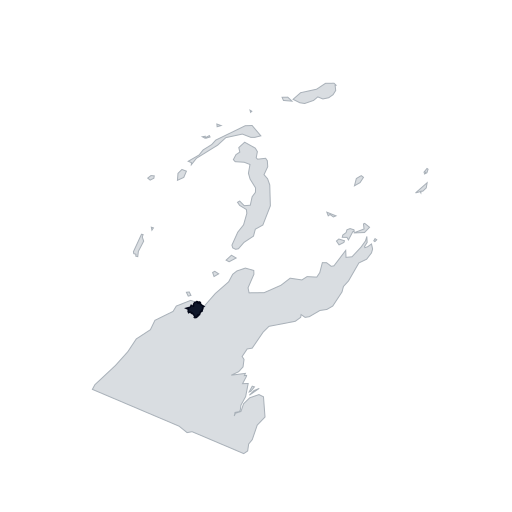 Madang District, Madang, Papua New Guinea shown in context, rotated 293°
{"feature_id": "67681753B97158406764408", "entity_name": "Madang District", "entity_type": "district", "adm_level": 2, "iso_a3": "PNG", "parent_name": "Papua New Guinea", "parent_adm1": "Madang", "projection": "mercator", "projection_center": [145.661, -5.093], "detail": "fine", "context": "in_parent", "style": "filled", "palette": "ink", "viewbox_px": 512, "rotation_deg": 293, "n_neighbors": 0, "source": "geoboundaries", "source_scale": "gbopen_adm2", "svg_char_len": 6546}
<svg xmlns="http://www.w3.org/2000/svg" viewBox="0 0 512 512"><g transform="rotate(293 256 256)"><path d="M69.3,321.9L69.3,265.8L66.5,261.6L69.3,251.7L69.3,157.5L74.6,158.0L100.3,169.4L117.8,175.4L132.9,178.2L146.9,187.6L157.3,188.1L172.6,201.3L178.8,202.2L189.6,213.2L190.3,222.2L189.1,227.8L205.6,233.2L221.5,240.9L230.1,241.7L234.8,244.3L240.7,250.9L241.8,259.6L238.4,261.2L223.6,261.1L219.4,264.0L225.4,277.8L238.8,290.4L248.9,296.1L251.9,307.6L257.0,311.1L260.3,320.2L265.6,321.2L275.8,319.7L277.4,323.5L275.9,329.3L277.4,331.6L296.2,336.4L289.9,339.4L292.8,344.7L305.1,349.2L312.7,350.9L317.3,350.4L311.9,353.0L307.1,352.2L306.2,353.0L308.2,355.2L312.2,357.6L308.0,360.6L304.0,361.1L296.3,359.1L289.8,353.4L269.2,350.9L262.1,348.4L256.5,349.2L239.9,346.2L234.5,342.1L230.8,336.1L221.0,328.8L218.7,325.2L219.7,320.4L217.0,321.1L211.3,317.7L196.3,295.4L188.7,292.3L169.7,288.5L167.0,284.2L158.1,282.5L156.1,285.4L148.8,287.4L142.7,285.2L136.6,279.8L143.8,292.1L141.3,292.0L142.4,294.0L141.1,294.2L133.2,293.5L135.6,298.6L122.5,301.4L112.8,300.4L108.2,301.7L106.3,301.5L103.8,297.8L100.2,298.5L103.2,298.5L107.0,302.9L115.1,302.3L123.0,305.6L129.6,312.9L129.3,317.9L111.3,327.2L100.8,323.2L85.5,324.3L80.1,322.7L73.3,324.5L69.3,321.9ZM341.6,198.0L345.3,200.5L349.1,197.8L356.3,201.1L355.0,213.2L352.6,216.5L346.5,217.8L345.7,219.6L349.7,226.7L348.1,229.2L342.8,231.9L334.0,231.6L331.6,236.5L326.8,240.9L307.8,249.6L287.2,250.2L280.4,244.9L273.3,245.9L263.8,239.6L255.8,237.0L254.2,234.6L254.4,231.4L256.6,229.6L270.8,229.9L279.8,232.4L291.7,230.9L295.0,229.0L296.2,221.2L298.2,218.0L300.2,219.5L297.7,225.5L300.5,230.9L309.0,229.3L314.4,230.6L318.5,229.0L324.5,220.5L329.2,216.7L337.9,214.7L337.7,208.5L334.7,200.0L335.9,197.5L341.6,198.0ZM445.5,260.3L444.5,263.0L443.9,262.2L439.5,264.7L434.6,263.9L430.1,261.1L426.7,256.2L426.6,250.7L421.7,248.2L415.4,241.2L414.2,236.5L414.7,228.9L423.8,233.3L433.2,246.6L442.1,252.5L445.5,260.3ZM374.6,201.4L368.5,213.5L364.7,208.5L363.2,205.0L362.9,195.8L353.2,182.0L343.1,177.4L322.7,163.0L314.7,160.8L316.7,160.1L316.7,156.6L326.7,164.1L333.0,165.9L341.3,171.7L347.0,173.7L371.7,195.2L374.6,201.4ZM212.0,141.5L231.3,142.1L231.6,143.7L229.0,143.9L225.8,146.8L214.3,145.9L209.2,147.4L208.9,145.4L210.7,144.8L210.4,142.6L212.0,141.5ZM309.2,327.7L312.7,329.8L315.7,329.5L318.0,331.9L318.4,335.9L317.1,336.8L316.3,335.6L306.9,334.8L308.7,332.5L306.9,328.1L309.2,327.7ZM306.9,158.8L300.1,158.8L295.0,154.1L301.6,151.9L306.7,154.0L306.9,158.8ZM323.1,344.9L327.5,342.4L328.5,343.3L326.8,349.3L320.0,346.7L315.4,336.9L323.1,344.9ZM359.1,319.2L366.5,318.1L370.1,320.7L371.1,321.6L370.4,324.2L364.2,323.1L359.1,319.2ZM376.4,378.2L390.3,384.9L385.2,386.1L380.8,384.2L380.2,382.6L378.5,383.1L379.4,382.0L376.4,378.2ZM246.4,238.5L240.2,233.5L240.5,230.1L247.1,233.1L246.4,238.5ZM304.6,331.5L302.8,331.6L298.7,328.1L301.2,324.2L304.0,325.6L304.6,331.5ZM412.6,228.6L409.9,220.5L412.3,218.0L414.6,223.2L412.6,228.6ZM225.0,228.6L220.7,225.4L223.9,222.5L225.8,224.0L225.0,228.6ZM290.0,131.0L287.7,131.6L284.5,128.9L285.4,125.9L289.0,127.9L290.0,131.0ZM196.8,208.6L194.3,211.5L192.6,209.3L195.4,206.1L196.8,208.6ZM324.0,304.1L324.2,313.9L322.2,312.0L323.1,307.9L321.2,306.8L324.0,304.1ZM131.3,306.7L135.4,310.7L125.3,304.3L131.3,306.7ZM134.9,305.7L129.4,304.1L128.2,302.8L134.7,303.4L134.9,305.7ZM403.4,379.2L403.1,380.5L399.4,380.8L397.0,378.8L399.3,379.3L398.9,377.9L403.4,379.2ZM362.2,168.4L362.4,172.9L359.8,169.7L362.2,168.4ZM348.6,166.0L347.6,167.2L345.0,164.1L345.5,163.5L348.6,166.0ZM318.5,358.8L318.1,360.8L315.7,359.8L316.0,358.5L318.5,358.8ZM346.4,162.5L344.5,163.1L344.8,160.0L346.4,162.5ZM241.6,148.4L241.8,150.6L239.1,150.1L241.6,148.4ZM387.9,193.5L387.6,195.6L386.1,194.9L387.9,193.5Z" fill="#d9dde1" stroke="#a8b0b8" stroke-width="1"/><path d="M190.8,219.3L190.5,219.3L189.8,218.4L189.2,217.7L187.7,217.4L187.1,217.4L186.3,217.8L185.3,218.1L185.1,217.4L185.3,215.6L184.6,215.6L183.3,215.6L180.6,212.2L180.5,214.6L178.4,215.2L178.0,215.7L177.5,216.1L178.4,216.9L178.9,217.6L178.8,217.9L178.8,218.0L178.7,218.0L178.4,218.2L178.4,218.3L178.3,218.5L178.5,218.6L178.5,218.8L178.4,218.9L178.4,219.0L178.5,219.1L178.3,219.2L178.1,219.3L178.0,219.5L178.1,219.9L178.3,219.9L178.4,220.0L176.6,223.2L175.7,223.2L175.7,223.3L175.8,223.3L175.7,223.3L175.8,223.5L175.8,223.8L175.7,223.9L175.7,224.0L175.7,224.3L175.8,224.4L176.0,224.5L175.9,224.5L176.0,224.6L175.9,224.6L175.9,224.8L176.0,224.9L176.2,225.0L176.3,225.2L176.5,225.2L176.4,225.1L176.7,225.2L176.8,225.3L176.9,225.5L177.0,225.6L177.3,225.6L177.5,225.7L177.6,225.8L177.7,225.7L177.7,225.8L178.0,225.9L178.0,226.0L178.3,226.1L178.2,226.0L178.3,226.0L178.5,226.1L178.5,225.9L178.8,225.7L179.0,225.7L178.9,225.5L179.0,225.5L179.2,225.4L179.3,225.5L180.0,226.9L183.2,226.7L183.5,227.5L183.8,227.5L183.9,227.4L184.0,227.5L184.1,227.4L184.3,227.4L184.5,227.4L184.6,227.9L184.8,227.8L185.0,227.6L185.3,227.5L185.4,227.4L185.5,227.4L185.8,227.5L186.1,227.6L186.3,227.6L186.5,227.7L187.1,227.3L187.3,227.4L187.4,227.2L187.5,227.1L187.9,226.9L189.0,227.7L189.0,227.4L189.0,227.2L189.3,226.9L189.5,226.6L189.5,226.1L189.4,225.9L189.3,225.6L189.3,225.4L189.5,225.2L189.7,224.8L189.7,224.7L189.9,224.4L189.8,224.2L190.0,224.1L190.1,223.9L190.4,223.6L190.5,223.5L190.7,223.4L190.9,223.2L190.7,222.9L190.5,223.0L190.5,223.3L190.4,223.3L190.4,223.2L190.3,222.9L190.5,222.8L190.4,222.7L190.5,222.6L190.4,222.6L190.4,222.4L190.5,222.3L190.5,222.1L190.6,221.9L190.4,221.7L190.2,221.6L190.2,221.4L190.3,221.6L190.5,221.7L190.5,221.4L190.5,221.2L190.4,221.1L190.5,221.1L190.6,220.9L190.4,220.9L190.4,221.0L190.2,221.1L190.3,221.0L190.3,220.9L190.2,220.9L190.3,220.9L190.4,220.7L190.5,220.7L190.4,220.6L190.5,220.5L190.6,220.3L190.5,220.2L190.4,220.0L190.4,219.9L190.1,219.9L190.3,219.8L190.3,219.7L190.2,219.7L189.9,219.6L190.1,219.6L190.3,219.6L190.5,219.6L190.8,219.6L190.8,219.4L190.8,219.3ZM191.2,222.7L191.1,222.4L191.1,222.7L190.9,222.7L190.9,222.8L191.1,222.8L190.9,222.8L191.0,222.7L191.1,222.8L191.2,222.7ZM191.1,220.3L191.1,220.0L191.0,219.7L190.9,219.6L190.9,219.8L191.0,219.8L191.0,220.0L191.0,220.4L191.1,220.3ZM190.5,219.9L190.5,219.7L190.4,219.7L190.4,219.8L190.5,219.9ZM191.2,222.3L191.3,222.1L191.2,222.1L191.2,222.3ZM190.6,222.8L190.6,222.7L190.6,222.8L190.6,222.8ZM191.5,222.1L191.5,221.9L191.5,222.0L191.4,222.0L191.5,222.1ZM190.7,220.8L190.7,220.7L190.6,220.8L190.7,220.8ZM190.0,225.3L190.0,225.2L190.0,225.3L190.0,225.3ZM190.6,222.5L190.6,222.4L190.6,222.5ZM190.3,223.9L190.2,223.9L190.3,223.9Z" fill="#0f172a" stroke="#020617" stroke-width="1.5"/></g></svg>